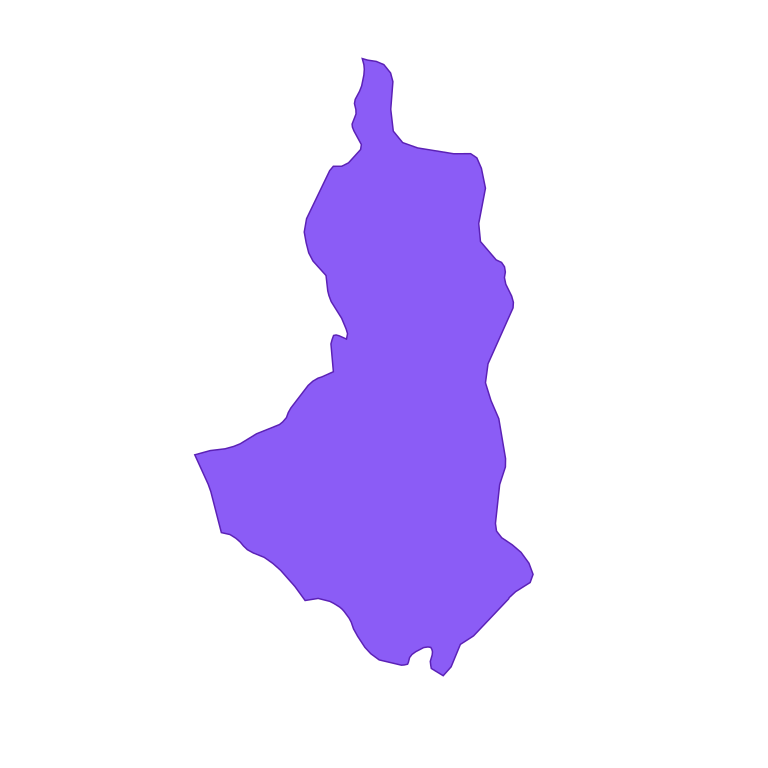 an SVG outline of Kunar, rotated 318°
{"feature_id": "AFG-1762", "entity_name": "Kunar", "entity_type": "Province", "adm_level": 1, "iso_a3": "AFG", "parent_name": "Afghanistan", "parent_adm1": "", "projection": "equal_earth", "projection_center": [71.083, 34.998], "detail": "fine", "context": "isolated", "style": "filled", "palette": "violet", "viewbox_px": 768, "rotation_deg": 318, "n_neighbors": 0, "source": "natural_earth", "source_scale": "10m", "svg_char_len": 1923}
<svg xmlns="http://www.w3.org/2000/svg" viewBox="0 0 768 768"><g transform="rotate(318 384 384)"><path d="M524.7,416.5L474.8,438.6L460.2,451.0L452.4,467.9L446.1,486.6L424.4,520.8L418.7,526.9L402.7,536.1L373.5,562.2L369.2,568.6L368.6,577.0L371.7,589.3L373.2,600.8L371.8,614.2L367.4,625.2L359.8,629.3L342.9,626.4L334.1,626.5L333.1,627.0L332.6,627.1L282.0,631.1L266.5,628.6L244.6,639.1L232.8,640.4L228.8,627.1L230.4,624.5L232.8,621.1L238.5,617.6L240.8,615.5L242.0,613.3L242.5,611.0L240.7,608.8L237.1,606.4L228.5,604.2L223.8,603.7L220.0,604.4L215.8,607.2L214.0,608.0L211.0,606.3L208.8,604.6L195.8,585.8L193.7,575.6L193.6,566.9L195.6,553.9L197.5,545.6L200.3,539.0L201.4,534.6L202.2,526.4L202.2,523.4L201.8,520.1L199.9,513.5L198.3,509.3L191.6,499.3L180.5,492.1L182.3,474.9L182.5,453.2L181.3,442.8L179.0,432.7L173.8,422.1L171.6,415.7L171.2,410.3L171.4,405.3L170.7,399.5L168.8,392.8L163.7,385.6L183.3,348.1L186.3,340.8L196.0,310.0L210.3,317.2L222.5,325.8L230.5,329.8L237.1,332.2L256.0,335.7L279.2,344.2L283.3,344.4L289.0,343.7L293.7,341.2L298.7,339.5L326.7,334.3L333.0,334.3L338.9,335.5L342.2,337.0L354.6,341.0L371.4,318.7L375.1,316.3L379.0,314.2L381.2,315.5L382.9,318.1L386.2,325.5L390.6,322.2L392.7,317.7L396.5,306.8L399.9,287.4L402.3,281.3L404.5,277.2L413.5,264.6L413.5,245.1L415.8,236.2L420.7,226.9L426.4,217.7L437.1,209.3L486.4,189.1L492.0,188.3L498.3,193.9L505.6,195.9L523.5,194.1L527.4,190.9L531.0,175.8L532.4,172.0L534.2,169.5L543.9,164.6L546.7,161.3L549.7,155.8L553.1,153.2L561.7,150.1L566.9,147.5L575.8,140.9L579.9,137.0L582.7,133.3L585.6,127.6L588.6,132.4L594.1,139.1L597.6,146.6L597.0,157.3L592.9,165.3L572.8,184.4L560.1,202.3L559.4,217.1L566.9,231.0L589.9,259.6L602.5,270.8L604.3,278.1L600.7,288.9L590.4,306.4L561.8,328.1L551.0,342.7L550.4,366.8L552.7,372.3L552.0,377.5L549.1,382.0L544.7,385.5L541.3,391.3L537.7,404.1L534.8,409.9L530.8,413.8L524.7,416.5Z" fill="#8b5cf6" stroke="#5b21b6" stroke-width="1.5"/></g></svg>